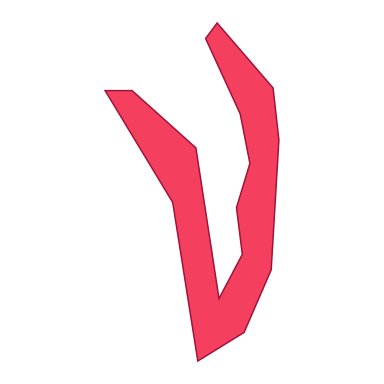 an SVG outline of British Indian Ocean Territory
{"feature_id": "IOT", "entity_name": "British Indian Ocean Territory", "entity_type": "country or territory", "adm_level": 0, "iso_a3": "IOT", "parent_name": "Seven seas (open ocean)", "parent_adm1": "", "projection": "equal_earth", "projection_center": [72.449, -7.328], "detail": "fine", "context": "isolated", "style": "filled", "palette": "rose", "viewbox_px": 384, "rotation_deg": 0, "n_neighbors": 0, "source": "natural_earth", "source_scale": "50m", "svg_char_len": 331}
<svg xmlns="http://www.w3.org/2000/svg" viewBox="0 0 384 384"><path d="M271.2,269.9L244.1,332.4L197.8,361.0L172.7,202.4L105.1,90.6L132.1,90.6L195.9,147.9L219.0,298.6L242.3,254.4L236.5,207.6L249.9,163.4L240.2,113.9L205.6,38.5L217.1,23.0L273.1,88.0L278.9,140.0L271.2,269.9Z" fill="#f43f5e" stroke="#9f1239" stroke-width="1.5"/></svg>